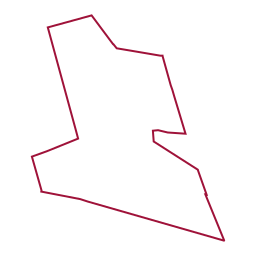 Chipinge Urban, Manicaland, Zimbabwe
{"feature_id": "62879985B32287047423365", "entity_name": "Chipinge Urban", "entity_type": "district", "adm_level": 2, "iso_a3": "ZWE", "parent_name": "Zimbabwe", "parent_adm1": "Manicaland", "projection": "mercator", "projection_center": [32.63, -20.201], "detail": "fine", "context": "isolated", "style": "outline", "palette": "rose", "viewbox_px": 256, "rotation_deg": 0, "n_neighbors": 0, "source": "geoboundaries", "source_scale": "gbopen_adm2", "svg_char_len": 532}
<svg xmlns="http://www.w3.org/2000/svg" viewBox="0 0 256 256"><path d="M87.9,201.6L223.9,240.6L224.1,240.3L205.4,194.5L206.6,194.7L198.1,170.7L197.8,169.7L153.7,141.5L152.9,130.7L158.1,130.2L167.7,132.5L185.5,133.7L174.2,96.2L172.6,90.7L172.3,89.7L170.7,85.2L165.7,67.3L162.5,55.8L162.5,55.7L160.5,55.7L148.7,53.7L132.2,50.9L116.7,48.3L113.4,44.2L113.1,44.2L109.2,39.0L91.6,15.4L47.8,27.4L75.5,128.9L78.1,138.6L46.7,151.3L31.9,156.6L41.5,190.4L41.3,191.6L80.2,199.1L87.9,201.6Z" fill="none" stroke="#9f1239" stroke-width="2"/></svg>